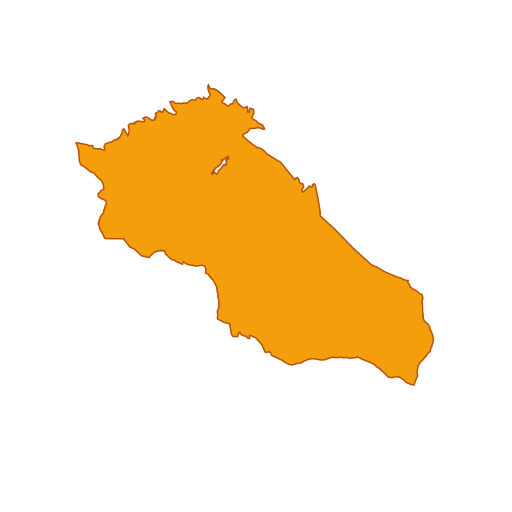 Lueta, Harghita, Romania, rotated 54°
{"feature_id": "2599482B79550894620370", "entity_name": "Lueta", "entity_type": "district", "adm_level": 2, "iso_a3": "ROU", "parent_name": "Romania", "parent_adm1": "Harghita", "projection": "equal_earth", "projection_center": [25.533, 46.294], "detail": "fine", "context": "isolated", "style": "filled", "palette": "amber", "viewbox_px": 512, "rotation_deg": 54, "n_neighbors": 0, "source": "geoboundaries", "source_scale": "gbopen_adm2", "svg_char_len": 6034}
<svg xmlns="http://www.w3.org/2000/svg" viewBox="0 0 512 512"><g transform="rotate(54 256 256)"><path d="M453.3,203.9L451.3,201.2L447.7,195.5L444.9,194.2L443.8,193.3L442.8,192.0L440.3,189.6L438.5,185.5L438.0,181.5L437.1,178.3L437.2,177.2L436.9,177.2L435.7,174.1L435.7,171.3L433.2,168.6L432.3,166.5L430.9,165.5L430.2,164.1L428.4,161.9L426.1,160.5L424.1,159.9L423.7,159.4L422.5,159.3L420.0,158.5L418.3,158.5L417.8,158.0L416.7,157.9L416.1,157.3L411.9,156.9L408.4,158.0L404.8,157.5L401.9,155.4L399.2,154.1L394.5,150.7L391.8,149.3L390.0,148.0L388.2,145.7L384.6,144.3L383.5,145.2L381.3,146.0L379.2,146.3L376.6,147.8L371.8,149.3L370.9,149.3L369.5,148.8L366.1,148.6L365.4,147.3L365.3,146.6L365.0,147.8L361.9,150.5L359.7,151.3L356.1,154.0L347.5,159.4L343.5,161.5L335.2,165.1L333.6,166.5L330.1,168.0L306.2,172.9L281.7,176.4L261.4,180.4L257.8,178.0L244.8,171.5L233.7,166.5L231.8,166.5L231.5,166.9L231.6,168.3L233.1,170.1L230.7,171.9L231.4,174.5L231.4,176.4L231.8,178.3L231.6,180.9L229.8,180.4L228.9,179.2L228.2,176.8L227.5,176.5L225.4,175.9L224.5,175.9L223.7,177.3L222.3,177.6L220.4,176.7L218.6,176.2L216.7,176.7L216.5,177.8L216.9,178.6L216.7,179.3L216.7,179.9L194.4,180.9L192.5,182.0L179.5,187.3L177.0,187.3L172.2,188.7L168.2,191.6L162.2,193.6L152.7,195.9L150.8,196.1L150.3,195.2L150.4,191.7L150.9,190.4L150.3,189.1L150.3,188.1L149.2,186.1L152.2,181.6L152.9,179.6L153.9,178.3L158.0,175.3L158.7,174.0L158.3,174.4L156.3,173.9L155.4,174.2L154.8,174.2L154.2,173.6L149.4,176.2L146.7,176.4L143.4,178.0L141.8,178.1L141.4,178.0L141.0,177.5L140.6,176.5L140.7,176.0L139.5,174.8L139.5,174.3L138.2,173.0L135.9,172.0L132.9,174.0L135.7,177.2L134.5,178.1L132.5,176.5L129.7,175.5L129.2,178.4L128.5,179.2L127.2,179.7L121.1,181.1L117.4,179.9L117.0,181.9L119.0,185.4L118.2,187.2L118.3,190.2L117.8,190.8L115.2,191.8L114.2,191.8L113.0,192.8L110.9,192.8L110.6,190.6L109.5,187.9L101.4,189.3L99.3,190.1L96.4,191.4L93.9,194.6L92.5,194.6L90.9,194.0L89.7,194.0L90.2,195.0L93.1,196.8L96.7,198.0L98.9,198.1L100.4,203.0L99.7,203.8L98.8,204.1L97.7,205.0L96.9,205.1L98.0,206.9L97.7,207.7L97.2,207.8L97.1,208.2L96.0,208.2L96.0,208.5L95.7,208.7L94.7,208.7L94.2,209.0L93.6,211.3L94.3,214.1L92.0,215.5L91.4,219.0L91.9,221.5L89.6,224.8L88.5,227.1L88.0,227.9L87.2,228.3L86.2,230.2L85.3,231.1L84.2,231.9L82.3,232.2L81.7,232.6L80.6,234.9L85.7,236.2L89.8,236.6L92.7,235.7L94.3,237.4L93.6,239.0L92.7,240.1L90.3,241.3L89.4,242.1L88.2,242.6L82.9,243.6L83.0,244.2L84.8,246.2L83.4,248.4L82.2,248.3L81.3,249.3L81.4,250.0L81.9,250.9L81.5,253.3L82.0,253.9L83.3,254.4L84.8,255.5L85.1,255.8L85.1,256.3L84.7,256.6L85.1,257.0L86.3,257.6L85.1,260.4L79.9,262.5L78.9,263.2L78.1,266.5L80.5,266.2L81.7,267.2L80.6,268.9L77.8,271.7L77.0,273.1L77.4,273.8L77.2,274.0L77.4,274.2L76.5,275.7L77.8,276.6L76.2,277.6L76.3,278.2L74.9,280.1L75.3,282.5L80.0,284.8L81.6,286.4L83.3,289.0L75.4,288.2L75.4,289.1L75.9,290.3L76.4,291.0L77.7,291.8L79.6,296.0L80.0,297.3L79.9,298.4L79.5,298.9L80.1,299.6L80.2,300.2L79.7,300.5L79.0,302.2L78.8,302.9L79.1,303.2L79.1,303.7L78.8,304.9L78.9,306.3L77.8,307.9L77.0,310.9L76.7,311.2L76.8,312.2L77.6,313.3L77.5,313.8L78.2,314.6L80.4,315.4L81.2,316.1L80.8,316.2L80.8,316.7L80.0,317.7L77.3,319.2L76.8,319.9L76.9,320.9L75.6,321.7L74.0,323.8L72.4,324.0L71.1,323.4L70.3,323.5L68.9,325.9L66.3,327.5L63.5,330.3L62.8,330.5L62.4,331.5L60.9,332.3L58.7,335.1L65.6,337.0L75.4,343.1L79.2,344.1L83.1,342.4L90.9,340.3L93.6,338.3L97.6,338.1L104.5,336.7L106.9,337.1L110.2,338.3L111.7,339.3L112.5,341.0L111.9,342.8L111.9,343.3L112.3,343.7L112.2,344.0L112.8,344.6L112.7,346.7L112.9,347.2L115.3,348.7L118.0,347.8L122.3,345.3L123.4,345.2L125.7,346.0L126.0,346.6L126.6,347.1L126.4,347.9L127.0,348.7L127.8,349.1L128.2,350.3L129.4,351.4L129.3,352.1L131.1,353.6L131.6,354.6L132.6,358.6L133.3,359.2L134.5,361.1L134.9,362.2L136.1,362.5L136.1,363.0L136.7,363.2L136.8,364.4L138.7,365.2L141.1,365.7L142.0,366.4L147.5,366.9L150.8,367.6L153.3,367.7L164.2,353.1L174.7,352.8L178.5,350.4L188.6,348.5L189.4,347.8L192.2,345.4L192.3,344.6L193.8,344.1L194.6,343.2L193.8,341.3L193.2,337.3L193.5,334.8L194.4,332.7L194.3,332.2L195.4,330.5L195.5,329.3L196.6,329.2L197.7,327.7L198.1,326.8L201.7,328.1L203.1,327.3L205.3,327.3L206.9,326.9L207.7,326.3L209.2,326.4L211.2,324.5L213.8,323.7L219.3,320.5L219.5,320.3L218.5,319.3L218.4,318.0L222.3,316.6L229.0,310.4L231.5,305.5L233.7,303.6L235.0,303.6L237.7,304.5L240.0,306.8L242.8,305.4L246.0,305.5L246.6,305.2L248.4,305.4L248.8,305.0L251.3,304.9L258.2,306.1L262.3,308.5L264.7,309.1L265.9,310.6L266.4,310.6L268.5,311.8L270.4,312.1L272.1,313.8L274.0,314.8L276.8,317.6L278.0,319.8L281.3,321.7L284.1,324.2L291.4,320.6L295.4,317.0L296.4,317.9L297.6,318.3L304.6,321.8L307.0,322.0L307.9,321.7L310.4,318.2L309.4,317.2L308.2,315.2L308.0,313.9L309.9,314.3L312.6,313.5L314.7,311.6L318.3,310.6L318.9,309.7L317.0,308.2L316.6,307.5L321.7,304.4L329.8,303.6L331.0,303.3L332.1,303.4L334.0,304.3L336.2,304.4L337.7,305.0L339.9,304.9L340.2,303.3L341.7,301.6L341.6,301.3L343.2,301.1L345.2,301.7L346.6,301.4L347.0,300.9L353.3,297.5L355.5,296.3L360.3,294.5L364.2,292.2L365.4,290.6L366.9,286.5L369.1,281.9L369.4,277.8L370.9,273.2L371.9,271.3L373.8,268.8L377.8,265.1L379.9,262.3L380.4,261.1L382.4,254.4L386.3,249.5L388.1,246.5L389.6,245.4L391.1,242.6L393.5,240.5L396.9,234.9L397.5,233.0L397.9,232.6L400.9,231.4L410.3,225.5L413.4,224.0L416.5,223.5L420.6,222.1L423.2,221.7L425.1,221.1L430.8,220.3L432.3,219.7L433.7,218.3L434.7,216.7L435.4,215.5L435.7,213.7L437.6,212.0L438.1,211.8L438.3,211.2L441.8,209.6L446.6,208.8L451.1,206.1L453.3,203.9ZM160.4,223.8L160.9,224.2L161.4,223.9L162.7,224.4L162.9,225.4L164.8,226.1L165.0,226.6L164.9,227.2L163.4,227.7L163.4,229.8L164.7,233.0L164.9,234.2L164.8,236.2L165.9,237.1L166.8,239.8L163.4,240.4L164.2,243.3L163.2,243.5L161.7,239.8L162.1,239.5L161.8,238.7L161.4,238.6L161.4,237.1L161.0,236.7L161.2,234.2L161.7,233.7L161.0,233.2L160.8,230.3L159.5,228.2L158.8,228.1L158.1,227.5L159.1,226.9L159.0,226.0L158.7,225.9L159.0,219.8L159.6,219.9L159.9,220.7L160.7,220.8L161.0,221.2L161.2,221.7L160.4,222.3L160.4,223.8Z" fill="#f59e0b" stroke="#b45309" stroke-width="1.5"/></g></svg>